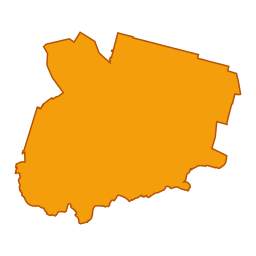 the district of PuketÄpapa Local Board Area, Auckland, New Zealand
{"feature_id": "76426892B65793329230414", "entity_name": "PuketÄpapa Local Board Area", "entity_type": "district", "adm_level": 2, "iso_a3": "NZL", "parent_name": "New Zealand", "parent_adm1": "Auckland", "projection": "mercator", "projection_center": [174.74, -36.917], "detail": "fine", "context": "isolated", "style": "filled", "palette": "amber", "viewbox_px": 256, "rotation_deg": 0, "n_neighbors": 0, "source": "geoboundaries", "source_scale": "gbopen_adm2", "svg_char_len": 5759}
<svg xmlns="http://www.w3.org/2000/svg" viewBox="0 0 256 256"><path d="M15.4,173.3L15.7,173.4L15.6,173.0L15.7,172.8L16.3,172.5L16.7,172.6L17.0,172.8L17.3,172.7L17.8,172.9L19.7,173.6L19.6,174.7L19.6,175.2L19.8,175.7L20.3,176.4L20.4,176.8L20.0,177.4L19.7,177.6L19.7,178.3L18.9,178.9L18.6,180.0L18.5,180.5L18.5,180.8L19.0,181.4L18.9,182.2L19.0,182.5L19.2,183.1L19.8,184.2L20.0,185.0L20.0,185.5L20.0,185.8L19.3,186.7L19.4,187.1L19.6,187.8L19.6,189.9L19.8,190.4L19.9,190.5L20.4,190.4L20.6,191.6L21.2,192.2L21.8,192.5L21.9,193.0L21.8,194.0L22.0,195.4L22.4,195.3L22.9,196.1L24.5,197.9L24.9,198.8L25.0,198.8L25.0,199.2L25.5,200.3L26.5,202.0L28.2,203.8L29.8,204.9L30.8,205.4L32.1,205.7L33.5,206.1L34.1,206.0L35.3,206.1L36.5,206.1L37.4,205.8L37.9,205.8L38.8,206.1L41.9,207.9L42.4,208.0L43.4,208.0L43.7,208.1L44.1,208.4L44.1,209.1L44.2,209.5L45.2,211.0L45.7,211.5L46.8,212.3L46.4,213.1L46.9,213.9L47.6,214.4L48.0,214.7L49.3,215.1L50.2,215.4L50.9,215.3L51.5,215.1L51.8,214.9L52.3,214.8L53.8,215.5L55.2,215.9L55.5,215.8L55.8,215.6L56.6,214.5L57.2,214.0L57.6,212.6L58.6,211.9L60.1,211.6L61.6,211.6L63.0,211.9L64.0,211.9L64.7,212.1L65.5,211.8L66.2,211.1L66.2,210.8L66.5,210.1L66.7,209.0L66.9,208.6L67.3,206.7L67.7,205.6L68.1,204.5L68.7,203.9L69.1,203.7L70.0,203.7L70.2,203.8L70.7,204.3L70.6,205.7L71.0,206.6L70.9,207.1L71.1,207.4L72.5,208.6L73.5,209.1L74.4,210.1L75.0,210.5L75.5,211.1L75.3,211.2L75.3,211.3L75.9,211.8L76.2,212.3L76.5,213.2L76.5,213.8L76.4,213.8L75.8,214.3L75.1,214.6L75.1,214.8L75.6,215.7L77.3,217.1L78.1,218.1L78.7,219.6L78.8,220.6L79.0,221.4L79.1,222.0L79.0,222.5L79.0,222.9L79.3,223.2L80.2,223.6L80.9,223.7L81.9,223.4L83.8,223.0L84.5,222.7L86.2,222.2L86.7,222.4L87.2,222.3L87.4,222.2L87.5,221.8L88.3,221.1L88.2,221.0L88.2,220.9L88.4,221.0L88.5,221.0L88.8,220.5L89.0,220.6L89.3,220.2L89.6,220.2L89.8,219.8L90.2,219.7L90.6,219.3L90.8,219.1L91.4,217.9L92.2,215.9L92.3,215.2L92.5,214.3L92.6,213.3L92.5,212.4L92.5,211.9L92.9,210.6L93.3,208.7L93.9,207.5L94.4,206.8L95.1,206.1L95.6,205.9L96.4,205.8L98.7,205.9L100.0,205.8L100.9,206.0L101.2,205.9L103.6,206.2L104.5,206.4L105.0,206.9L105.7,206.7L106.3,206.4L107.1,206.4L107.7,206.2L108.3,206.5L108.5,206.5L108.7,206.3L109.0,205.8L109.5,205.3L109.7,205.0L109.8,204.7L109.7,204.3L109.3,203.8L110.6,202.2L110.8,201.8L110.8,201.1L111.0,201.0L111.5,200.5L112.2,200.2L112.5,200.1L113.2,200.2L113.8,200.7L114.3,200.6L114.9,199.9L116.2,197.9L117.1,196.3L117.5,195.8L117.8,195.3L118.1,195.2L119.7,195.5L121.6,196.1L123.9,197.1L125.3,197.8L126.7,198.8L127.2,199.3L128.4,200.3L128.5,200.4L128.7,200.6L129.1,201.4L129.3,201.4L129.8,201.2L130.5,200.5L131.1,200.0L131.4,199.9L131.5,199.9L131.7,200.2L131.9,200.3L134.7,198.8L134.8,198.6L136.1,198.1L137.6,197.5L137.9,197.7L138.7,197.1L139.8,196.2L140.9,195.4L141.4,195.3L141.5,195.3L141.8,195.6L141.8,196.2L141.9,196.5L142.2,196.7L142.6,196.7L143.3,196.4L143.6,196.8L143.9,197.0L144.4,196.8L145.0,196.3L146.2,195.5L146.6,195.5L146.7,196.3L146.8,196.6L147.2,196.8L147.9,197.1L148.3,197.5L148.5,197.5L149.2,197.1L149.9,196.7L150.8,195.9L152.1,195.0L155.2,193.2L155.8,192.9L156.5,192.8L157.6,192.8L164.4,189.7L165.0,188.4L165.4,188.1L165.6,187.7L165.9,186.7L166.5,186.4L167.4,186.4L169.3,186.8L169.7,187.1L169.8,187.4L170.3,188.1L170.9,188.4L171.3,188.5L172.0,188.4L172.4,188.1L173.1,187.6L173.9,187.6L175.2,187.0L175.8,187.0L176.4,186.8L176.9,186.9L178.4,187.4L178.8,187.5L179.3,188.0L179.7,188.2L181.2,188.9L183.2,189.4L184.1,189.8L185.6,190.1L186.9,190.5L188.3,190.7L188.6,190.6L188.7,190.4L188.6,190.2L188.2,189.9L188.4,189.5L189.7,187.9L190.2,187.4L190.3,187.2L190.3,186.9L190.1,186.2L190.0,185.5L189.9,184.9L189.6,184.3L188.7,183.6L188.3,183.1L187.5,182.4L186.7,182.1L186.0,181.9L184.9,181.8L183.8,182.0L184.7,180.7L185.8,179.9L186.8,174.2L187.6,173.7L188.0,173.2L188.7,172.8L189.6,171.9L189.7,171.5L190.1,170.4L190.2,169.9L190.2,169.6L190.6,168.6L190.8,168.6L191.1,168.8L191.0,169.3L191.1,169.5L191.5,169.7L191.8,169.6L192.0,169.4L192.0,169.0L192.8,168.6L192.7,168.5L193.6,168.3L195.0,167.5L196.2,167.0L197.1,166.4L197.9,166.0L198.9,165.7L199.4,165.7L199.8,165.6L201.1,165.6L202.0,165.8L202.5,165.7L203.1,166.0L204.2,165.9L205.0,166.2L205.4,166.2L206.3,165.9L206.5,165.6L206.9,165.4L207.7,165.4L208.5,165.7L208.8,166.0L209.1,166.1L209.8,166.1L210.6,166.4L211.2,166.4L211.6,166.8L212.1,166.7L212.7,166.8L213.5,167.3L214.0,167.3L214.5,167.5L214.8,167.7L215.1,167.8L215.9,167.5L216.4,167.4L217.4,168.0L218.0,168.0L218.7,168.3L219.1,168.3L219.6,168.0L220.6,167.7L221.2,167.1L221.7,166.8L222.1,166.2L223.1,165.8L223.8,165.2L224.9,163.8L225.2,163.2L225.7,162.4L225.8,162.1L226.0,160.4L226.3,159.5L226.3,158.8L226.5,158.3L226.5,157.0L226.8,155.8L223.8,154.2L211.9,148.4L215.3,136.9L216.5,124.2L216.9,121.7L227.0,124.4L226.9,124.0L227.0,122.5L228.0,118.2L231.7,104.2L232.4,103.9L234.9,94.1L235.1,94.2L236.8,94.5L236.9,94.2L238.6,94.7L240.6,94.3L239.8,89.6L239.5,88.1L238.1,80.1L237.3,77.4L236.5,73.6L228.3,71.0L227.7,70.7L228.8,66.4L222.0,64.6L210.4,61.7L203.0,59.6L197.6,58.3L198.5,54.6L164.3,45.9L154.8,43.4L133.2,37.9L133.4,37.0L117.8,32.9L113.3,50.4L112.4,50.1L112.2,50.7L111.7,50.5L111.5,51.1L113.0,51.6L111.3,57.8L110.4,57.4L109.9,58.9L109.4,59.8L110.5,60.8L110.1,62.4L110.1,62.9L103.6,57.1L99.1,52.9L95.2,42.7L94.9,41.5L88.1,37.2L80.1,32.3L74.1,42.1L69.3,38.8L46.2,44.2L43.9,46.4L43.6,46.8L47.6,53.5L47.1,61.1L47.0,65.0L48.2,68.1L52.0,76.8L52.5,77.8L58.5,86.1L63.4,92.7L61.3,94.1L58.1,96.5L56.0,96.9L52.9,99.1L52.0,97.9L51.4,98.3L50.7,98.5L42.9,104.4L43.3,105.0L41.9,106.1L42.2,106.6L40.9,107.8L40.7,108.7L39.0,108.3L39.2,107.7L37.3,107.1L24.1,150.1L23.0,150.7L22.4,152.9L22.4,153.6L24.7,152.3L25.0,161.9L24.7,162.1L22.3,161.8L20.0,162.3L20.0,162.5L16.4,164.0L15.6,167.0L17.1,167.5L16.8,168.6L16.4,168.5L15.4,173.3Z" fill="#f59e0b" stroke="#b45309" stroke-width="1.5"/></svg>